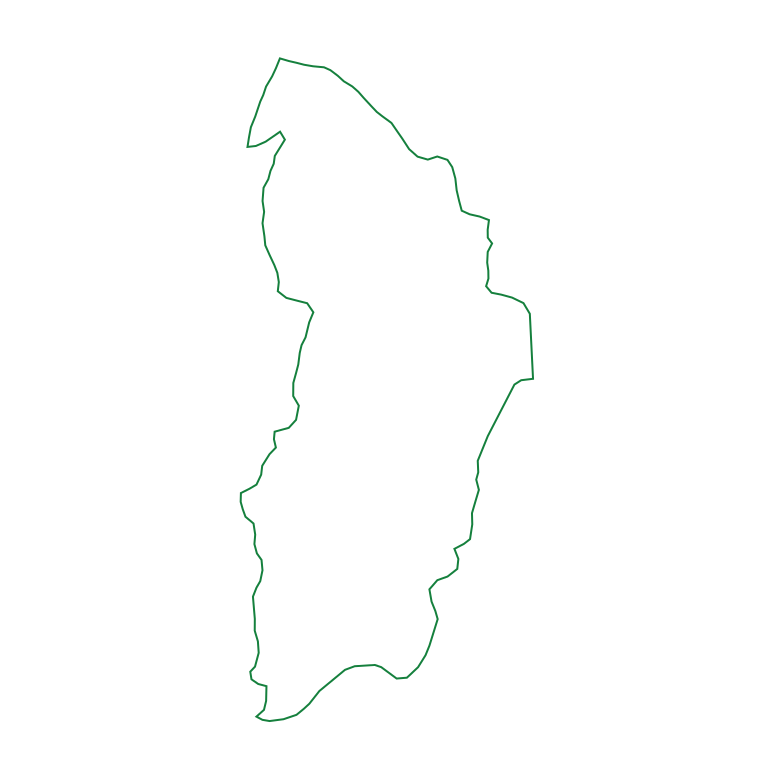 outline of Ibirarema, São Paulo, Brazil, rotated 357°
{"feature_id": "56859067B25335927627564", "entity_name": "Ibirarema", "entity_type": "district", "adm_level": 2, "iso_a3": "BRA", "parent_name": "Brazil", "parent_adm1": "São Paulo", "projection": "orthographic", "projection_center": [-50.087, -22.811], "detail": "fine", "context": "isolated", "style": "outline", "palette": "green", "viewbox_px": 768, "rotation_deg": 357, "n_neighbors": 0, "source": "geoboundaries", "source_scale": "gbopen_adm2", "svg_char_len": 2080}
<svg xmlns="http://www.w3.org/2000/svg" viewBox="0 0 768 768"><g transform="rotate(357 384 384)"><path d="M297.1,53.4L292.6,63.0L288.4,70.9L281.8,80.8L278.5,89.2L275.2,95.5L269.4,110.2L264.5,120.6L262.0,131.0L260.1,140.1L268.5,139.6L278.5,135.8L293.4,126.6L297.8,134.8L291.7,143.6L286.9,150.5L285.4,158.3L281.8,165.2L279.2,173.4L274.0,181.7L272.3,194.9L273.3,205.8L271.1,217.1L272.3,230.1L272.7,239.3L276.5,249.2L280.7,259.5L283.3,267.4L284.3,276.7L282.8,285.8L291.0,292.9L302.4,296.5L311.5,299.3L317.2,308.7L312.5,318.6L308.1,333.3L303.7,340.9L301.5,348.5L299.4,360.1L296.8,368.3L293.5,378.2L292.7,391.3L297.8,401.2L294.3,415.2L286.6,422.8L272.3,425.9L271.2,433.4L272.7,441.8L266.0,448.1L258.1,459.3L256.6,468.1L251.4,477.8L244.1,481.6L235.4,485.4L234.7,494.2L236.4,501.7L238.7,509.3L246.4,516.5L247.5,527.7L246.2,537.1L248.2,546.5L252.5,553.3L252.9,563.7L250.1,574.4L246.0,580.7L242.0,589.5L242.4,602.5L242.7,611.8L242.0,623.6L244.6,634.4L244.8,645.9L240.4,659.5L235.4,664.3L236.2,672.0L242.7,677.0L250.8,679.6L249.7,694.3L247.1,703.1L239.2,709.5L245.0,713.0L252.1,714.6L266.1,713.5L279.3,709.8L286.9,704.2L292.7,699.4L303.4,687.2L330.1,667.4L340.0,664.3L360.1,664.1L366.4,666.6L381.2,678.8L391.5,678.5L403.2,668.6L411.3,657.0L415.7,647.6L425.3,621.6L423.4,613.4L420.1,603.8L418.6,591.4L427.0,582.7L437.4,579.6L447.5,572.5L449.1,562.6L445.7,552.3L455.5,547.8L461.8,543.4L464.8,528.8L465.1,517.6L469.1,506.2L473.2,494.7L471.1,484.3L473.5,477.1L473.6,465.6L484.9,441.5L514.2,391.4L521.2,387.4L533.1,386.6L533.3,321.5L527.5,310.5L516.4,304.4L505.8,300.9L496.2,298.5L491.1,291.7L493.8,284.2L494.1,276.3L493.4,268.2L494.5,257.5L499.3,249.3L495.3,243.3L495.6,235.4L497.4,225.8L488.3,221.8L478.4,219.0L470.7,215.0L468.6,205.1L466.7,194.4L466.0,182.5L463.5,171.0L459.1,163.5L449.1,159.6L439.5,162.2L429.4,158.7L421.4,150.8L415.1,139.9L410.0,131.7L405.1,123.7L396.4,116.6L391.0,111.9L385.9,105.9L378.9,97.5L373.7,90.9L367.9,85.2L359.7,79.6L353.9,73.7L346.9,67.8L340.7,64.6L329.8,63.0L320.9,61.0L313.6,58.7L305.9,56.5L297.1,53.4Z" fill="none" stroke="#15803d" stroke-width="2"/></g></svg>